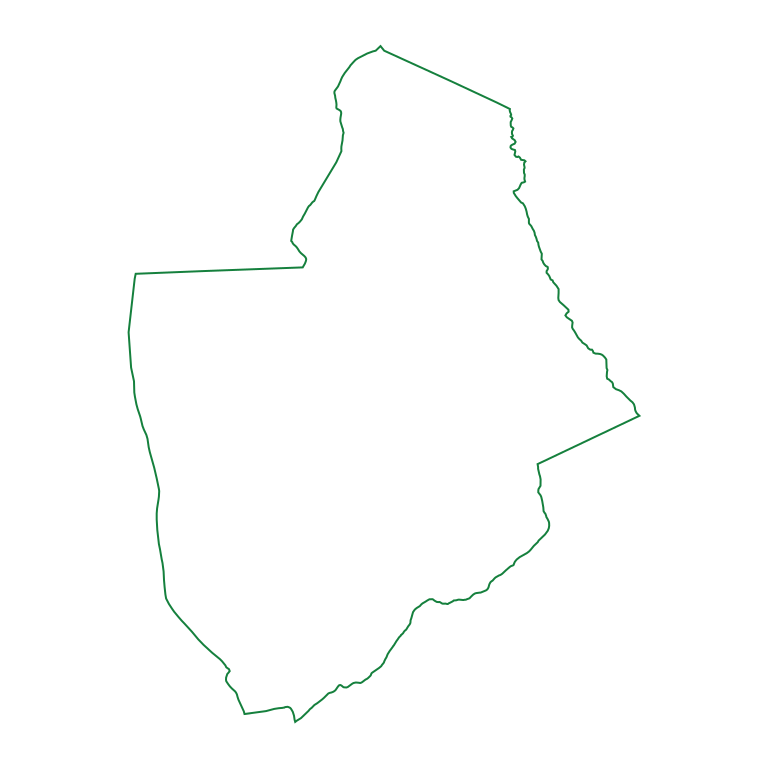 Tarbaj, North-Eastern, Kenya (Mercator projection)
{"feature_id": "3690345B53726856133736", "entity_name": "Tarbaj", "entity_type": "district", "adm_level": 2, "iso_a3": "KEN", "parent_name": "Kenya", "parent_adm1": "North-Eastern", "projection": "mercator", "projection_center": [40.301, 2.381], "detail": "fine", "context": "isolated", "style": "outline", "palette": "green", "viewbox_px": 768, "rotation_deg": 0, "n_neighbors": 0, "source": "geoboundaries", "source_scale": "gbopen_adm2", "svg_char_len": 6082}
<svg xmlns="http://www.w3.org/2000/svg" viewBox="0 0 768 768"><path d="M244.5,714.0L266.0,711.1L274.3,708.9L278.8,708.2L282.3,707.9L283.8,707.6L284.3,707.6L285.1,707.1L287.6,706.8L288.8,707.2L290.2,707.9L291.0,708.8L292.2,710.8L292.8,711.9L294.0,715.7L294.6,719.8L295.2,721.9L296.6,720.8L301.0,718.1L308.6,710.8L309.7,709.4L310.8,708.4L311.3,708.2L314.4,705.0L317.1,703.3L322.2,699.4L324.0,697.8L328.3,693.5L329.6,692.9L331.4,692.5L333.0,691.9L333.9,691.4L335.1,690.5L335.6,690.0L338.0,686.5L339.1,685.3L340.2,685.0L341.4,685.5L343.2,687.0L343.8,687.3L346.4,687.5L347.8,687.0L352.1,683.8L353.5,683.0L355.9,682.5L359.2,682.8L360.0,683.0L360.7,682.9L362.1,682.2L365.6,679.5L366.6,679.1L368.0,678.1L370.4,675.8L370.9,675.0L371.4,673.5L371.8,673.0L372.6,672.4L379.0,668.0L381.2,666.2L382.0,664.9L383.5,663.1L384.0,662.3L384.2,661.5L385.4,659.0L386.4,657.4L387.6,654.3L389.6,651.1L393.0,646.5L393.2,646.0L393.7,645.6L396.5,641.0L397.7,639.4L399.0,637.4L400.8,635.6L401.0,635.0L401.5,634.7L403.1,633.2L403.7,632.1L404.7,630.8L406.2,629.6L408.2,626.3L409.7,624.4L410.4,622.9L410.6,620.2L411.3,618.3L413.0,612.2L414.2,610.4L415.0,609.4L416.7,608.0L419.8,606.1L421.3,604.4L422.5,603.4L425.6,601.6L427.1,600.6L429.4,599.3L432.4,599.2L432.8,599.3L434.6,600.7L436.7,601.9L438.1,602.1L439.7,602.0L442.3,603.6L443.5,603.7L445.5,603.6L447.2,604.0L447.8,604.0L448.3,603.7L448.6,603.4L449.5,603.0L452.8,601.3L453.7,600.5L456.2,600.3L458.2,599.7L459.9,599.7L462.9,600.0L463.7,600.0L464.3,599.8L465.9,599.7L466.7,599.3L469.5,598.3L471.3,596.4L473.2,594.6L474.9,593.5L476.2,593.1L479.9,592.6L480.6,592.6L485.5,590.6L486.5,590.1L487.7,588.9L488.5,587.4L489.2,584.8L489.5,584.0L490.4,582.3L491.6,581.2L492.5,580.7L494.6,578.3L495.6,577.4L499.1,575.4L500.1,575.1L501.0,574.6L502.3,573.7L505.8,570.4L509.7,567.0L511.0,566.1L513.0,565.4L513.7,564.8L514.0,563.7L514.9,561.7L516.7,559.5L519.7,557.1L527.0,553.0L529.1,551.4L530.7,549.7L533.8,545.9L537.8,542.1L538.2,541.3L538.7,540.5L545.0,534.5L547.8,530.7L548.4,529.2L548.8,528.2L549.2,525.8L549.1,522.9L548.8,521.6L547.4,518.7L546.4,517.1L546.1,515.7L545.3,513.6L544.4,512.6L544.0,511.8L543.6,511.2L543.3,507.3L542.2,500.9L541.4,497.5L541.1,496.5L540.4,495.1L538.3,492.4L538.3,490.6L538.5,489.1L540.5,485.8L540.6,479.4L540.0,476.2L539.4,474.5L538.1,468.8L538.1,467.0L537.6,464.1L639.4,415.8L636.8,413.3L635.7,411.4L635.1,409.7L634.9,407.5L634.0,404.4L632.5,402.3L630.3,400.5L626.4,396.6L623.8,393.7L621.3,391.4L618.9,390.2L616.0,389.2L613.3,387.1L612.8,383.5L612.0,382.1L610.7,381.2L608.9,379.5L607.2,378.7L606.7,376.3L607.0,372.0L607.4,370.0L606.6,368.1L606.3,359.5L605.0,357.6L603.1,355.6L601.7,354.6L600.0,354.0L598.0,353.7L595.5,353.6L593.4,352.7L593.0,351.2L592.0,349.7L590.3,349.7L588.2,348.3L586.6,345.4L584.6,344.0L582.4,342.6L581.1,340.6L579.5,339.2L577.9,337.4L575.3,332.7L573.9,330.4L572.8,329.0L572.1,327.4L572.2,325.4L572.6,322.5L571.9,320.8L566.8,317.3L565.4,315.4L566.6,313.4L568.6,311.7L568.4,309.7L563.6,305.2L559.9,302.0L558.6,300.1L558.3,297.9L558.6,293.0L558.6,289.1L556.5,285.8L553.3,282.3L552.6,280.4L550.7,279.5L549.3,276.1L548.2,274.5L546.6,272.8L546.6,271.1L547.7,269.4L547.9,268.1L547.6,266.9L545.8,266.0L544.3,264.4L543.2,262.6L542.7,261.0L541.5,259.4L541.8,253.7L540.7,251.6L538.9,246.6L538.4,244.5L538.2,242.6L537.0,240.9L536.6,239.1L535.9,237.0L534.9,235.0L534.6,232.8L533.9,230.8L532.7,228.9L531.3,226.1L529.1,223.6L528.9,222.6L528.9,218.9L527.8,216.7L527.1,214.4L526.6,211.7L525.8,208.8L524.8,206.3L522.9,203.3L521.1,202.5L517.1,197.8L515.7,196.0L513.8,192.9L513.7,191.3L517.5,189.8L519.1,188.1L520.7,184.4L521.7,182.8L523.9,182.3L525.1,181.6L524.5,179.6L524.4,178.1L524.7,176.1L524.7,174.5L524.0,172.9L523.9,169.5L524.6,167.9L524.5,166.9L524.0,164.7L524.3,162.6L525.5,161.3L524.4,160.3L521.1,159.8L519.9,157.6L518.5,156.5L517.3,157.0L515.9,156.7L514.5,154.9L515.0,152.8L515.3,151.3L514.9,150.0L513.1,149.5L511.5,148.9L510.5,147.6L510.6,146.2L511.3,145.3L512.7,144.5L514.6,143.7L515.6,141.9L514.6,140.1L512.1,138.4L511.3,137.0L512.4,136.7L512.9,135.7L512.1,134.2L511.9,132.5L512.1,131.1L512.9,129.8L513.4,128.4L512.4,127.4L511.2,126.8L510.8,125.7L510.7,123.8L510.7,122.0L511.5,120.5L512.3,118.5L511.5,117.3L510.5,116.7L510.4,116.0L511.2,114.9L510.8,113.6L510.1,112.1L509.7,110.5L509.9,109.0L496.9,102.6L448.4,80.0L384.2,50.7L380.5,46.1L375.7,50.7L372.9,51.4L367.2,53.5L358.0,58.2L355.5,59.9L353.6,61.9L350.5,65.3L349.3,67.2L344.8,72.9L342.2,77.0L341.2,79.2L340.4,81.3L338.0,86.5L334.8,90.8L334.4,91.9L334.4,93.1L335.1,95.8L335.3,97.8L335.9,100.3L336.3,102.6L336.5,104.7L336.3,107.5L336.6,108.5L339.5,110.1L340.6,111.0L341.1,112.1L341.2,113.6L340.5,117.7L340.3,119.8L340.4,121.5L342.2,127.4L342.8,128.9L343.1,131.1L343.6,132.8L342.9,135.3L342.5,140.5L341.4,146.4L341.3,148.4L341.4,151.2L336.3,162.3L318.4,192.0L316.6,195.7L314.8,199.9L314.2,201.0L313.2,201.6L312.2,202.5L310.2,205.1L309.0,206.0L308.0,207.4L304.7,213.8L303.1,216.5L301.8,219.4L299.9,221.7L298.6,223.0L296.9,224.3L295.8,226.0L294.2,227.9L293.1,229.6L292.9,231.3L292.0,236.0L291.2,240.9L292.2,242.0L292.7,243.2L293.6,244.4L295.6,246.1L296.8,247.4L298.1,249.3L299.3,251.3L300.9,253.1L304.3,256.0L305.6,257.5L306.2,259.1L306.0,260.7L305.4,262.4L304.8,263.8L302.7,267.4L202.8,271.1L135.7,273.8L134.7,278.7L128.6,332.3L131.1,367.6L134.0,381.3L134.3,392.5L134.9,396.5L136.4,404.3L137.7,409.1L140.2,416.5L140.8,418.8L142.5,426.0L143.8,429.4L146.4,435.0L147.0,437.1L147.5,438.8L148.7,447.2L149.8,452.1L154.2,467.7L156.7,478.4L158.9,489.0L159.2,491.1L158.9,496.7L158.5,499.6L157.1,508.4L156.7,513.4L156.7,519.5L157.3,530.0L158.9,544.0L160.0,549.3L161.7,559.3L162.5,563.0L163.6,571.5L164.0,580.0L164.6,587.0L165.4,594.4L166.1,598.5L168.9,603.9L172.1,608.8L174.2,611.8L178.5,617.0L181.7,620.7L184.3,623.4L191.9,631.7L198.3,639.4L201.5,642.7L203.5,644.8L212.2,652.8L219.9,659.1L222.0,661.2L225.4,665.4L226.3,667.3L229.0,669.2L229.7,671.1L228.4,672.8L227.3,674.0L226.1,677.6L226.0,679.9L226.3,681.3L228.1,684.0L229.9,686.4L231.9,688.5L235.1,691.4L236.0,692.6L236.9,694.4L237.6,697.1L238.5,699.8L243.8,711.3L244.5,714.0Z" fill="none" stroke="#15803d" stroke-width="2"/></svg>